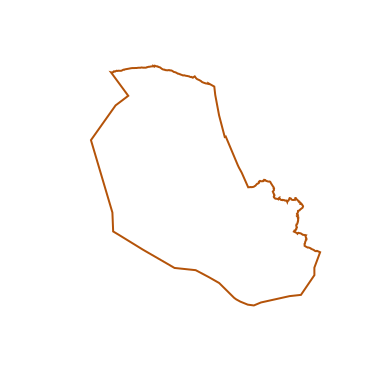 Concepción del Oro, Zacatecas, Mexico, rotated 149°
{"feature_id": "50627088B49626768055823", "entity_name": "Concepción del Oro", "entity_type": "district", "adm_level": 2, "iso_a3": "MEX", "parent_name": "Mexico", "parent_adm1": "Zacatecas", "projection": "albers", "projection_center": [-101.393, 24.45], "detail": "fine", "context": "isolated", "style": "outline", "palette": "amber", "viewbox_px": 384, "rotation_deg": 149, "n_neighbors": 0, "source": "geoboundaries", "source_scale": "gbopen_adm2", "svg_char_len": 5730}
<svg xmlns="http://www.w3.org/2000/svg" viewBox="0 0 384 384"><g transform="rotate(149 192 192)"><path d="M113.2,74.4L114.1,75.7L114.3,75.8L114.9,76.9L115.4,77.3L116.0,77.3L116.6,77.7L117.2,78.7L117.2,79.0L117.6,79.8L118.2,80.6L119.1,81.9L119.2,82.0L119.2,82.4L119.9,83.5L120.8,84.5L121.6,84.9L121.9,85.6L122.7,86.8L123.2,87.9L122.8,88.4L122.7,88.8L122.5,89.0L122.3,89.5L121.9,89.6L121.8,89.8L121.4,90.0L121.2,90.3L120.7,90.9L120.5,91.1L119.8,91.5L119.3,92.0L118.8,92.1L118.8,92.3L118.7,92.3L118.6,92.5L118.5,92.4L118.3,92.4L118.1,92.8L117.8,93.3L117.8,93.7L117.8,93.9L117.8,94.4L117.6,95.0L117.4,95.9L116.9,96.3L116.8,96.1L116.6,96.2L118.5,97.9L118.8,98.0L119.2,98.5L119.3,99.0L119.6,99.4L119.8,100.1L120.0,100.3L120.4,100.8L120.5,100.9L120.7,101.2L121.2,101.5L121.8,102.2L122.1,102.2L122.3,102.1L123.1,101.9L123.1,102.3L123.3,103.0L123.9,103.8L125.0,105.5L124.7,105.6L124.6,105.8L124.2,106.1L123.8,105.8L123.4,105.9L123.0,106.2L122.4,106.1L122.1,106.3L121.8,106.7L121.5,106.7L121.3,107.2L121.1,107.2L120.7,107.5L120.4,107.5L120.2,107.7L120.2,108.5L120.2,108.9L120.1,109.1L119.9,109.4L119.8,109.8L119.5,109.9L119.1,110.4L118.7,110.3L118.2,110.5L117.8,110.8L117.6,111.1L117.3,111.3L117.0,111.8L116.5,111.9L115.9,112.9L115.5,113.2L115.5,113.5L115.4,113.6L115.2,113.8L114.7,114.3L114.5,114.6L114.8,114.6L114.8,114.9L114.4,115.4L114.0,115.6L113.9,115.8L114.0,116.1L114.5,116.9L114.5,117.3L114.4,117.3L113.3,117.4L113.1,117.5L113.0,118.2L113.2,118.6L113.4,118.7L113.4,119.1L113.3,119.3L112.5,119.4L112.1,119.8L111.9,119.9L111.6,120.1L111.3,120.5L111.2,120.8L110.9,121.2L110.7,121.2L110.4,121.0L109.2,120.9L109.0,121.1L108.7,121.2L105.3,121.6L104.3,122.4L104.1,122.6L104.1,123.6L104.2,123.9L104.1,124.5L104.2,125.2L104.4,125.5L104.6,125.6L104.4,125.8L104.5,126.6L104.9,126.6L104.7,126.9L104.7,127.1L104.8,127.2L104.8,127.5L105.0,127.9L105.2,128.0L105.1,128.3L105.3,128.3L105.5,128.7L105.5,128.9L105.5,129.1L105.6,130.5L105.8,131.3L106.2,131.7L106.1,132.1L106.2,132.5L106.1,132.8L106.1,133.3L106.3,133.5L106.6,133.6L106.9,133.2L107.4,132.8L107.7,132.7L108.0,132.3L108.4,132.7L109.4,133.0L110.2,133.7L110.5,134.1L110.7,134.4L110.6,135.2L110.7,135.4L110.7,135.7L111.5,136.5L112.5,135.8L112.8,135.5L113.1,135.3L113.4,135.3L113.7,135.0L114.0,135.0L114.5,135.1L114.5,134.9L114.9,134.7L115.2,134.7L115.5,134.4L115.4,135.2L115.3,135.7L115.5,136.1L116.1,136.3L116.7,136.7L116.7,137.0L117.2,137.6L117.6,137.8L118.0,138.3L118.2,138.5L118.6,138.4L119.1,138.9L119.6,139.2L119.8,139.5L120.0,139.8L120.0,140.1L120.0,140.3L120.2,140.6L120.2,140.8L120.4,140.9L120.3,141.1L120.5,141.4L120.5,141.6L120.4,141.7L120.1,142.1L120.3,142.1L120.7,141.7L121.1,141.7L121.6,141.5L121.8,141.3L122.0,141.6L121.9,141.6L122.1,141.8L122.4,142.2L123.1,142.8L123.5,142.9L124.2,143.8L124.2,144.3L124.5,145.0L124.5,145.3L124.3,145.5L124.3,145.8L123.9,145.9L123.8,146.2L123.6,146.4L123.5,146.6L123.2,146.7L123.2,146.9L123.0,147.1L122.9,147.1L122.9,147.3L123.1,147.5L122.8,148.3L122.7,148.5L122.8,149.0L122.7,149.3L122.6,150.1L122.4,150.4L122.5,150.7L122.1,150.9L121.8,151.0L121.6,151.1L121.0,151.3L120.8,151.4L120.7,151.7L120.1,152.4L120.3,152.6L120.3,152.9L120.0,153.4L119.9,153.4L119.7,153.5L119.6,153.8L119.6,154.3L119.7,155.0L119.8,159.0L119.7,160.2L120.0,161.0L120.9,161.4L121.2,161.7L121.5,161.9L122.0,162.6L122.5,163.0L123.0,163.8L123.1,164.2L123.0,164.4L123.1,164.6L123.5,164.9L123.9,165.3L124.1,165.2L124.3,165.2L124.8,165.1L124.9,164.6L125.0,164.6L125.3,164.8L125.7,164.7L125.8,164.8L125.9,165.0L126.3,165.1L126.6,165.2L127.0,165.5L127.5,165.8L127.6,166.1L127.9,166.4L128.0,166.5L128.3,166.5L129.1,166.4L129.4,166.3L129.6,165.7L129.9,165.6L129.9,165.4L130.3,165.3L130.5,165.3L131.1,165.3L131.4,165.3L131.5,165.4L131.8,165.5L133.1,165.2L134.1,164.8L134.8,164.7L135.2,164.8L135.9,164.7L136.5,164.7L138.1,165.3L138.5,165.6L138.9,165.7L139.2,166.1L139.8,166.3L141.4,167.1L141.2,168.9L139.5,182.4L139.4,183.7L139.2,188.8L138.9,191.7L134.5,222.2L135.6,222.3L129.3,243.8L122.1,263.2L118.6,270.9L122.0,276.8L122.3,276.2L123.4,277.3L124.3,278.0L126.2,280.3L126.9,281.4L127.1,282.3L127.3,282.7L128.2,284.3L129.4,286.0L129.7,286.7L129.9,287.5L130.1,289.7L131.2,289.7L132.2,289.5L132.5,289.6L132.7,289.9L132.9,290.6L133.0,290.8L133.6,290.9L133.9,291.2L134.3,291.6L134.9,292.6L135.3,292.9L136.4,294.0L137.1,294.5L137.7,295.1L138.2,295.6L138.5,296.0L138.8,296.2L139.5,296.4L139.9,296.8L140.5,297.7L141.1,298.3L141.4,298.9L142.0,299.4L142.3,300.0L142.5,300.3L143.1,300.6L143.3,301.0L144.3,302.8L145.1,303.7L145.7,304.2L146.6,306.1L147.2,306.9L147.7,307.3L148.1,307.4L148.4,307.7L148.9,308.4L149.9,308.7L150.0,308.7L150.2,308.8L150.6,309.2L150.9,309.3L151.6,309.9L152.2,310.3L152.4,310.9L153.6,311.8L154.4,313.1L155.0,314.7L155.3,315.4L156.0,316.1L156.3,316.4L156.6,316.7L156.6,317.0L156.7,317.3L157.4,317.9L157.9,318.1L158.4,318.9L158.8,319.2L158.9,319.5L159.7,319.6L159.8,319.4L160.0,319.8L160.4,319.8L160.5,320.1L160.8,319.8L161.2,320.1L162.4,320.7L164.1,321.3L164.3,321.5L164.5,321.6L165.6,321.9L166.4,322.2L166.7,322.1L167.6,322.4L168.4,322.8L169.0,323.3L169.9,323.7L170.3,324.1L171.4,324.9L172.1,325.0L173.7,326.0L174.8,326.5L175.6,326.8L179.2,328.9L180.5,329.5L183.0,330.4L185.9,331.5L186.5,331.7L187.2,331.7L187.6,332.1L188.2,332.2L188.5,332.2L190.0,332.3L190.7,332.6L192.7,333.9L193.0,333.9L193.8,334.3L194.0,334.7L195.1,334.9L195.5,334.9L196.1,334.9L196.5,335.2L196.6,335.6L197.0,335.7L197.6,335.4L197.8,335.3L198.4,335.4L198.6,335.6L199.3,335.8L199.8,336.3L197.1,307.3L212.9,305.6L251.9,288.5L270.8,215.4L279.9,198.8L276.8,193.0L263.8,167.9L246.1,135.9L229.1,123.1L221.8,111.0L215.6,100.0L210.4,79.6L209.4,77.2L207.0,73.1L202.2,66.7L197.4,62.9L189.8,61.8L162.0,52.5L151.6,47.7L129.9,57.7L126.1,64.1L113.2,74.4Z" fill="none" stroke="#b45309" stroke-width="2"/></g></svg>